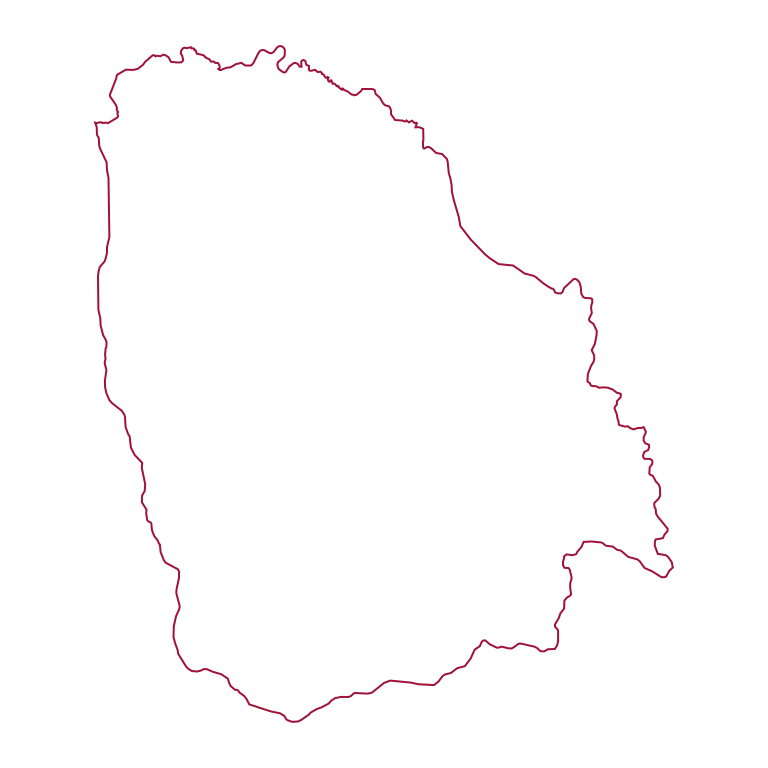 outline of Guapi, Cauca, Colombia
{"feature_id": "7082276B333930671770", "entity_name": "Guapi", "entity_type": "district", "adm_level": 2, "iso_a3": "COL", "parent_name": "Colombia", "parent_adm1": "Cauca", "projection": "robinson", "projection_center": [-77.666, 2.419], "detail": "fine", "context": "isolated", "style": "outline", "palette": "rose", "viewbox_px": 768, "rotation_deg": 0, "n_neighbors": 0, "source": "geoboundaries", "source_scale": "gbopen_adm2", "svg_char_len": 5984}
<svg xmlns="http://www.w3.org/2000/svg" viewBox="0 0 768 768"><path d="M643.6,427.1L641.7,427.9L637.9,428.0L633.5,429.4L630.4,428.2L627.9,426.3L624.9,426.6L619.4,425.1L618.8,424.4L618.5,421.1L617.6,419.1L616.7,414.0L614.5,408.4L614.9,406.8L616.9,404.5L616.9,401.2L620.6,397.3L620.9,394.1L619.5,393.3L617.1,392.9L612.6,389.5L607.8,387.7L603.0,387.3L599.2,387.8L596.2,386.3L591.7,385.9L590.6,385.1L590.0,383.3L587.4,381.4L587.9,373.9L591.0,366.0L593.6,361.7L594.3,358.5L594.1,355.3L591.7,350.2L594.8,344.0L596.5,335.7L596.8,331.1L593.5,323.9L589.9,321.4L589.0,319.9L589.3,318.2L591.8,313.2L591.1,307.8L591.4,305.0L592.3,302.6L592.2,299.2L590.9,298.3L584.9,297.9L583.1,297.0L581.3,293.6L580.7,286.7L579.4,282.2L576.9,279.6L574.9,278.8L573.5,279.2L564.1,288.0L562.5,292.0L561.5,292.9L560.4,293.5L557.2,293.2L554.9,292.2L554.2,290.2L552.9,288.7L551.7,288.6L548.4,286.7L543.4,283.4L535.7,277.0L533.4,275.8L524.8,273.6L513.0,265.5L498.7,264.1L490.1,258.5L485.0,254.3L470.8,239.6L460.4,226.2L458.7,216.7L454.0,200.8L451.9,191.7L451.6,185.1L450.4,178.4L448.8,173.2L447.7,162.0L446.9,159.0L442.1,154.0L436.2,153.0L431.0,148.1L429.0,147.1L427.3,146.9L424.1,148.6L423.5,148.1L423.1,147.3L422.9,142.0L423.4,140.1L423.2,128.8L419.2,127.2L415.5,127.3L416.9,123.2L416.3,122.8L414.8,123.2L412.0,120.7L409.0,122.4L406.5,120.5L406.1,121.2L404.7,121.5L402.5,120.6L395.1,120.0L391.0,114.2L391.1,111.0L390.3,108.1L389.1,106.4L384.9,105.2L383.1,103.3L379.8,97.6L375.6,93.9L374.8,90.3L374.2,89.7L371.8,89.0L362.2,89.0L360.9,91.2L356.5,94.8L354.0,95.3L353.3,94.7L351.5,94.5L347.6,91.4L344.1,90.0L343.4,88.9L342.7,89.4L342.1,88.7L341.6,89.5L339.2,87.8L338.6,86.4L338.1,86.7L337.4,85.9L336.5,86.0L335.5,84.4L333.7,83.4L332.7,83.8L331.4,80.4L330.5,80.4L330.1,81.6L328.7,81.5L327.6,78.9L328.5,77.6L327.6,77.0L326.4,77.7L325.3,77.5L323.7,74.6L321.9,74.0L321.8,72.8L320.3,71.6L317.8,72.1L315.0,69.8L311.2,70.8L309.6,70.6L308.9,69.6L309.0,66.0L306.3,64.7L305.4,61.2L303.7,60.0L302.2,60.4L301.2,61.8L301.5,66.7L299.8,66.7L297.5,63.7L295.1,62.9L293.8,63.1L289.3,66.4L285.9,71.8L284.6,72.5L283.1,72.2L278.6,69.0L277.3,65.0L277.9,62.3L283.7,57.3L284.7,55.4L284.8,49.6L283.2,47.1L281.0,46.1L279.2,46.2L277.3,47.2L273.6,52.0L271.5,53.2L269.1,52.9L264.6,50.3L262.2,50.0L260.1,50.8L258.5,52.9L253.3,63.2L251.1,65.5L245.3,65.5L241.3,62.9L236.0,64.1L230.6,67.3L226.4,67.8L220.9,70.0L219.6,70.0L218.3,69.0L219.4,68.3L219.8,67.3L219.2,64.9L218.0,63.0L215.2,62.9L214.0,61.6L211.0,61.6L209.5,59.4L205.3,57.4L205.3,56.8L203.2,55.1L196.8,53.7L195.8,50.6L194.4,50.1L194.5,49.1L193.4,48.3L191.4,48.3L190.8,47.2L187.0,48.2L184.7,47.7L183.0,48.2L181.1,50.9L180.8,53.6L182.1,55.5L183.1,59.4L183.1,60.5L181.5,62.3L177.4,62.5L170.9,61.8L168.6,57.3L164.9,54.9L163.0,54.8L160.3,56.3L157.1,55.7L155.6,56.4L154.1,55.2L152.8,55.2L145.2,61.8L142.8,65.0L137.6,68.9L133.4,69.9L125.8,69.7L117.3,74.7L116.8,75.4L116.3,78.2L109.9,94.7L110.0,96.3L115.8,104.8L116.9,107.6L116.8,110.0L118.1,112.0L117.4,113.1L118.0,116.4L117.2,117.6L108.0,123.2L106.3,122.6L102.4,123.0L101.3,122.3L98.9,122.4L96.9,123.2L95.2,122.7L96.7,127.1L97.0,134.8L98.8,138.2L99.2,145.6L100.1,148.7L106.6,162.3L107.0,170.3L108.5,178.0L109.4,237.0L107.0,247.1L107.0,252.7L105.8,257.9L104.6,261.4L99.8,267.0L98.6,271.2L98.0,276.5L98.4,310.0L100.3,318.4L100.6,325.4L103.1,335.1L106.2,340.7L106.5,342.4L106.4,346.8L105.6,348.5L105.1,354.7L105.5,359.4L104.8,361.4L104.8,363.7L106.4,370.0L104.9,380.8L105.1,387.2L106.4,393.3L109.4,400.1L111.8,402.9L121.9,410.9L124.3,414.5L125.0,416.9L125.6,427.1L128.2,434.2L129.6,436.2L130.9,447.6L134.7,455.0L142.2,462.8L141.8,467.9L145.2,484.2L144.7,490.9L142.1,495.6L141.9,502.2L146.5,509.7L146.2,513.3L147.2,519.9L148.1,521.2L150.8,522.6L151.4,523.6L151.7,528.2L152.5,531.8L154.4,536.3L157.4,540.0L159.2,544.0L159.9,544.6L160.6,552.0L163.7,559.9L165.6,562.7L177.8,569.2L179.1,571.7L179.0,577.9L176.5,589.5L176.3,593.2L179.7,606.0L179.4,608.6L176.0,616.4L173.8,626.2L173.5,637.0L175.1,643.2L177.6,649.9L178.2,653.8L186.2,666.7L188.7,669.1L191.8,671.0L197.1,671.5L200.9,670.6L203.7,669.1L206.7,669.1L212.6,671.7L221.4,674.3L227.9,678.7L229.3,683.4L230.7,686.1L234.9,689.7L237.1,690.0L238.4,690.7L239.0,692.2L244.1,695.9L246.3,698.6L249.3,704.4L270.8,711.4L280.1,713.3L284.4,716.0L286.1,719.0L287.5,720.2L292.4,721.9L298.2,721.4L301.3,719.9L309.1,714.4L310.6,712.6L316.9,709.0L321.2,707.5L328.6,703.6L331.3,700.6L335.0,698.2L340.9,696.9L348.4,697.0L351.0,696.0L353.7,693.4L355.1,693.0L367.1,693.6L370.4,693.2L372.4,692.3L384.1,682.9L390.2,680.6L410.9,682.6L418.1,684.2L434.0,685.1L438.6,681.4L442.5,676.2L444.9,674.5L450.9,673.0L457.2,668.2L464.8,666.2L470.6,658.6L474.7,649.6L479.8,646.2L481.8,641.7L483.5,640.4L485.5,640.5L489.6,644.2L496.8,647.7L498.8,647.6L501.5,646.6L508.4,648.3L511.4,648.5L514.0,647.2L518.1,644.0L520.0,643.4L534.6,646.7L537.2,648.1L540.4,651.1L541.3,651.3L544.4,651.3L547.8,649.3L554.8,649.0L557.1,645.4L558.1,641.1L558.1,630.9L557.8,629.8L555.0,626.6L555.0,624.4L558.8,618.0L560.3,613.6L564.1,608.5L564.4,600.6L567.1,597.4L569.6,596.1L571.1,594.5L570.2,587.9L570.2,583.3L571.5,579.1L571.5,576.9L569.7,569.6L568.4,568.0L564.4,567.8L563.0,565.0L563.0,561.7L564.0,558.5L564.1,556.3L566.6,554.4L572.5,555.2L576.1,554.2L577.5,551.6L581.6,546.8L583.6,541.9L591.6,541.5L600.8,542.4L602.6,543.0L605.8,545.7L612.8,546.6L617.1,549.8L620.9,550.6L628.2,556.9L637.2,559.3L639.6,561.1L644.6,568.0L652.1,571.3L661.5,577.2L664.4,577.2L666.2,576.5L669.2,570.9L672.8,567.5L671.8,562.3L668.1,556.9L665.6,555.1L657.8,553.9L654.8,545.7L654.9,541.3L655.8,539.4L662.8,538.2L664.6,534.4L667.5,531.1L667.7,528.8L657.8,516.7L656.1,513.8L655.7,509.1L654.5,507.1L654.2,503.8L654.5,502.8L658.4,499.0L660.2,495.7L659.9,487.4L658.5,484.2L656.0,481.7L652.8,475.8L649.9,474.5L649.3,473.7L649.7,467.3L652.3,463.9L652.4,461.7L651.9,460.1L650.2,459.0L644.4,458.8L643.2,457.1L643.1,455.2L644.4,451.9L648.2,450.0L649.2,446.9L648.9,444.7L645.3,443.3L643.6,440.6L643.7,437.0L645.2,434.2L645.9,431.8L643.6,427.1Z" fill="none" stroke="#9f1239" stroke-width="2"/></svg>